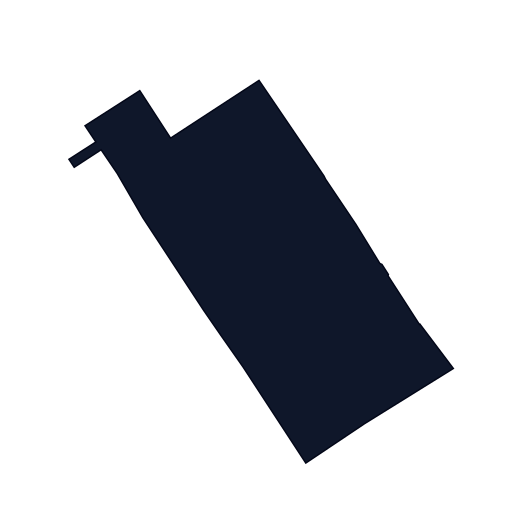 the district of St. Francis, Arkansas, United States of America, rotated 56°
{"feature_id": "52423323B70902388420636", "entity_name": "St. Francis", "entity_type": "district", "adm_level": 2, "iso_a3": "USA", "parent_name": "United States of America", "parent_adm1": "Arkansas", "projection": "equal_earth", "projection_center": [-90.808, 35.008], "detail": "fine", "context": "isolated", "style": "filled", "palette": "ink", "viewbox_px": 512, "rotation_deg": 56, "n_neighbors": 0, "source": "geoboundaries", "source_scale": "gbopen_adm2", "svg_char_len": 476}
<svg xmlns="http://www.w3.org/2000/svg" viewBox="0 0 512 512"><g transform="rotate(56 256 256)"><path d="M112.1,155.3L110.5,260.9L53.9,259.9L52.4,324.9L71.9,325.0L71.2,357.0L80.8,357.1L81.3,325.0L109.9,324.9L161.1,328.4L272.1,329.8L301.5,329.5L341.0,328.8L455.5,330.5L455.7,259.9L459.6,155.3L404.1,158.2L404.1,158.8L346.2,157.6L345.4,156.6L333.4,156.3L331.4,157.5L285.8,155.5L231.4,155.4L227.6,154.9L112.1,155.3Z" fill="#0f172a" stroke="#020617" stroke-width="1.5"/></g></svg>